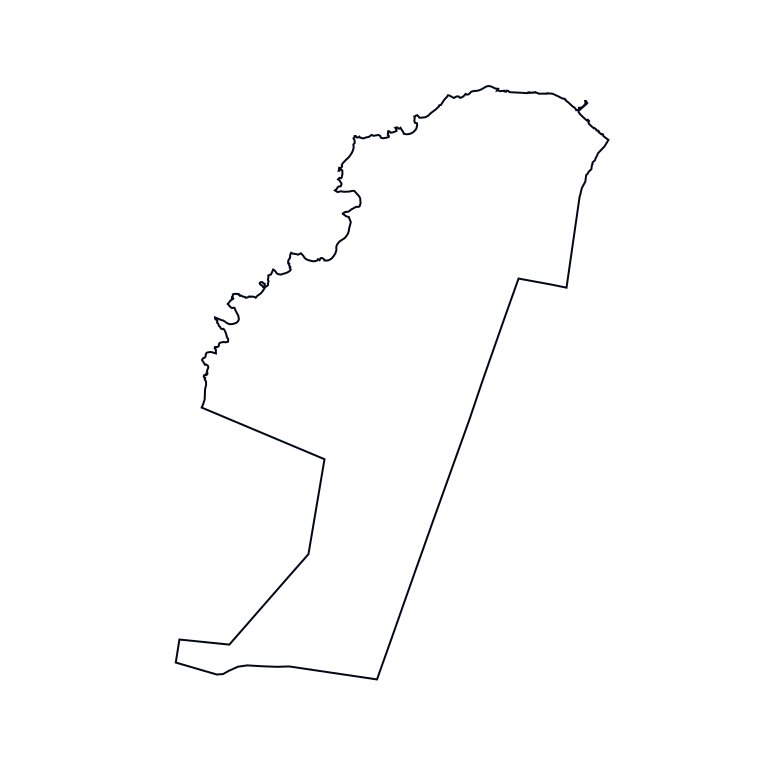 Aleipata itupa i Lalo, Atua, Samoa, rotated 279°
{"feature_id": "51752279B65562050624331", "entity_name": "Aleipata itupa i Lalo", "entity_type": "district", "adm_level": 2, "iso_a3": "WSM", "parent_name": "Samoa", "parent_adm1": "Atua", "projection": "mercator", "projection_center": [-171.461, -13.991], "detail": "fine", "context": "isolated", "style": "outline", "palette": "ink", "viewbox_px": 768, "rotation_deg": 279, "n_neighbors": 0, "source": "geoboundaries", "source_scale": "gbopen_adm2", "svg_char_len": 5279}
<svg xmlns="http://www.w3.org/2000/svg" viewBox="0 0 768 768"><g transform="rotate(279 384 384)"><path d="M167.0,437.3L210.4,445.3L228.5,448.7L256.1,453.8L362.6,474.0L402.6,480.8L470.6,493.2L509.2,500.4L508.8,516.3L508.4,533.1L507.7,549.2L599.7,547.9L601.2,548.2L604.4,548.4L608.6,548.8L615.5,551.2L621.9,551.0L623.4,552.2L625.8,553.0L628.5,555.2L632.8,555.1L633.8,555.6L635.4,555.3L638.2,557.5L639.8,557.6L643.1,558.8L645.3,559.2L653.3,564.7L660.2,567.5L662.5,563.1L663.5,561.6L664.8,561.3L665.1,560.3L664.6,559.6L666.5,556.5L667.0,556.8L667.8,555.7L667.7,554.3L668.7,553.6L669.8,551.7L669.4,551.2L671.3,548.2L673.2,545.6L674.9,544.7L675.8,545.4L676.9,544.0L676.1,542.9L677.7,540.4L680.9,535.8L682.7,533.9L684.2,533.4L692.0,540.0L693.3,540.8L695.1,539.2L695.0,538.4L693.4,539.0L691.9,539.0L688.7,536.7L687.8,535.7L687.3,533.3L685.5,533.6L684.8,532.6L684.5,531.0L685.7,530.3L687.0,528.5L688.0,526.3L690.7,522.4L692.7,518.8L693.5,518.7L694.1,517.0L693.8,515.9L695.4,511.0L696.8,506.1L697.1,504.4L696.8,502.5L696.8,499.8L696.2,499.6L695.8,496.5L694.9,491.3L695.4,490.6L695.5,488.0L695.9,487.9L695.4,485.9L694.9,485.7L694.8,483.8L694.3,482.7L694.9,482.2L694.6,480.8L693.9,480.7L693.6,479.6L693.2,474.7L692.1,464.6L691.9,462.5L693.0,460.6L692.9,459.3L691.9,459.0L691.8,457.3L692.5,457.1L691.4,453.0L691.8,450.5L691.5,449.8L693.4,450.5L693.2,448.0L694.7,442.9L694.6,440.3L693.7,438.3L690.3,434.2L689.0,432.0L687.8,429.1L687.7,427.5L686.4,424.5L684.4,423.1L683.3,422.2L682.8,420.7L683.3,419.2L681.9,418.5L679.8,416.7L678.5,414.5L679.7,412.6L679.3,410.6L678.7,409.8L677.4,408.3L679.1,403.6L679.2,402.0L677.5,401.3L674.3,399.1L668.6,396.6L667.7,394.8L666.8,394.9L662.9,391.8L658.9,387.9L655.9,385.7L654.0,383.2L652.9,379.4L652.6,377.4L654.7,374.9L654.2,373.6L653.3,373.1L653.0,372.1L651.3,372.7L648.5,372.8L646.8,373.8L646.7,375.7L645.3,376.2L643.2,376.2L640.7,375.8L638.3,374.3L636.7,372.8L635.5,371.2L634.5,368.7L634.1,366.0L634.2,364.4L635.3,364.0L639.6,360.2L638.7,359.5L638.5,358.0L639.4,357.4L639.4,356.1L638.8,355.0L638.2,355.7L635.9,356.8L634.1,353.8L633.2,351.1L634.4,349.8L634.3,348.6L630.5,348.8L629.9,349.9L628.8,350.1L627.6,347.8L626.5,344.3L626.8,342.4L628.5,341.4L629.1,339.5L628.1,336.7L627.5,334.4L628.1,332.8L625.7,330.4L624.8,327.9L623.3,325.2L623.6,322.0L624.4,321.0L623.8,320.6L623.2,318.7L624.5,317.3L624.3,316.2L623.2,316.3L621.9,315.4L620.4,316.7L617.6,317.4L615.8,316.3L612.6,317.1L609.5,316.7L607.1,316.0L603.8,314.5L602.3,313.6L598.8,310.9L595.5,308.7L593.7,308.0L592.2,308.6L590.3,307.2L590.5,305.9L587.5,305.9L587.9,306.8L589.3,307.1L589.1,308.4L588.4,309.4L584.9,310.1L581.5,309.9L580.5,309.4L580.6,307.7L578.9,306.6L578.4,307.9L575.6,310.5L574.8,310.8L572.5,310.3L572.0,308.3L571.2,307.5L569.3,306.9L567.5,305.2L566.3,308.1L567.7,311.6L567.5,312.7L567.7,315.2L568.8,320.1L569.7,322.2L570.1,324.4L565.4,330.2L563.4,331.5L558.8,332.6L555.7,332.1L555.1,331.4L554.5,328.6L551.2,324.3L549.4,322.7L548.3,321.2L548.0,319.0L546.0,316.6L545.4,316.8L544.9,318.3L543.8,320.1L543.4,323.1L539.6,325.4L538.4,325.9L531.9,325.2L529.6,325.3L526.6,324.8L522.9,323.0L521.6,322.0L517.9,317.8L514.7,316.0L512.4,315.4L508.9,316.0L505.6,315.6L502.5,314.3L499.8,312.7L497.7,310.2L497.0,308.4L496.7,305.8L497.6,305.5L498.8,303.1L498.3,301.6L496.2,301.0L496.9,299.3L496.0,299.0L494.7,297.3L494.1,294.5L494.5,289.6L495.3,287.2L496.5,285.5L498.0,284.2L500.1,281.5L498.2,278.7L498.6,277.4L498.5,273.4L499.1,271.8L497.2,271.2L493.6,271.4L492.2,270.5L490.1,270.1L488.1,270.6L488.1,271.6L486.4,271.7L484.8,273.2L484.1,272.7L482.4,274.0L480.8,273.2L478.7,270.6L475.9,264.9L476.0,261.9L476.6,260.7L479.0,258.3L479.7,256.6L474.6,255.3L473.1,252.7L470.8,253.2L468.7,253.0L467.4,253.9L465.4,253.6L463.7,254.0L461.8,252.5L461.6,251.8L462.1,250.6L464.2,250.6L464.6,249.2L465.6,247.9L465.3,246.3L464.3,245.4L463.0,246.0L462.4,247.9L460.8,249.4L461.1,250.3L460.0,251.1L456.5,249.5L454.3,248.2L450.8,244.7L449.1,243.8L449.6,242.8L449.8,239.8L449.1,238.6L449.5,237.3L448.2,235.7L447.5,233.9L448.3,233.1L448.2,230.8L449.2,228.8L448.5,228.1L449.3,226.7L450.2,226.4L449.7,224.0L450.0,223.5L448.9,220.7L447.2,220.9L446.4,220.3L444.9,220.3L445.4,221.3L444.7,221.8L441.9,218.9L440.7,218.5L438.6,217.1L435.7,220.7L435.2,222.1L435.8,223.3L435.8,224.5L434.4,225.2L430.8,227.7L428.9,229.3L425.5,230.5L423.8,230.3L421.5,228.9L419.7,225.6L418.9,222.4L419.4,219.9L421.5,215.5L421.7,213.5L423.3,206.7L422.0,207.0L420.2,209.6L418.5,209.5L417.7,210.7L415.8,211.7L415.0,212.8L413.2,214.4L412.9,215.4L413.4,216.6L412.7,217.7L409.8,219.7L406.6,221.2L405.8,221.4L404.2,223.0L401.4,223.4L400.4,221.2L400.4,218.9L399.0,215.4L397.6,214.7L395.8,214.9L394.5,213.9L394.1,211.3L392.6,211.2L391.9,212.5L387.9,213.2L388.4,209.7L388.5,207.4L387.2,204.0L385.5,203.3L383.5,203.5L381.9,202.8L381.2,201.3L379.3,200.5L375.0,204.2L375.5,205.0L374.5,207.2L372.8,207.9L369.1,207.1L367.0,207.9L366.6,206.9L365.6,207.6L364.9,206.9L364.8,205.2L363.5,204.7L362.5,205.3L362.0,206.4L360.7,206.1L358.8,207.7L355.8,208.4L350.4,208.1L341.1,209.3L336.0,208.6L332.2,207.6L300.4,337.0L204.1,336.0L181.7,321.8L146.7,299.8L102.4,272.0L99.6,221.9L76.3,221.9L70.9,264.3L72.3,270.3L76.5,275.7L81.9,283.9L84.7,293.0L86.1,307.3L87.9,322.4L90.2,334.5L91.1,423.3L133.0,431.1L152.5,434.7L167.0,437.3Z" fill="none" stroke="#020617" stroke-width="2"/></g></svg>